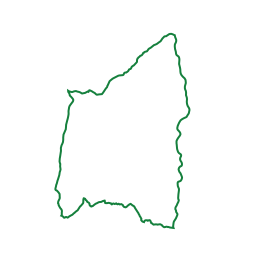 Tipacoque, Boyacá, Colombia (Robinson projection), rotated 12°
{"feature_id": "7082276B13744677473315", "entity_name": "Tipacoque", "entity_type": "district", "adm_level": 2, "iso_a3": "COL", "parent_name": "Colombia", "parent_adm1": "Boyacá", "projection": "robinson", "projection_center": [-72.693, 6.427], "detail": "fine", "context": "isolated", "style": "outline", "palette": "green", "viewbox_px": 256, "rotation_deg": 12, "n_neighbors": 0, "source": "geoboundaries", "source_scale": "gbopen_adm2", "svg_char_len": 5807}
<svg xmlns="http://www.w3.org/2000/svg" viewBox="0 0 256 256"><g transform="rotate(12 128 128)"><path d="M61.7,104.0L62.0,105.0L63.2,106.2L64.0,107.4L64.2,108.1L64.7,108.6L66.0,109.4L67.9,110.9L68.5,111.6L68.7,112.4L68.6,113.5L67.0,116.9L66.3,118.6L66.1,120.0L66.3,123.8L67.0,126.7L67.1,129.0L67.1,131.0L67.0,132.9L66.8,137.7L67.1,139.6L67.4,142.2L66.3,147.8L66.6,150.7L67.0,152.5L67.2,153.9L67.3,155.4L67.0,157.2L66.6,158.8L66.5,161.5L67.2,164.4L67.5,169.5L67.6,172.0L68.0,174.9L68.6,176.3L69.2,177.2L69.6,179.7L70.6,182.4L70.6,183.9L70.4,185.3L70.6,188.3L70.2,192.8L70.0,194.2L69.9,197.0L69.6,198.9L69.7,199.6L69.6,202.2L69.7,203.0L70.2,203.7L71.6,204.1L72.7,204.9L73.5,205.5L74.8,206.8L75.0,207.5L75.8,210.6L75.8,211.2L75.7,211.8L75.3,213.2L75.1,214.3L75.1,215.0L75.2,216.1L75.6,216.4L76.3,218.0L77.4,219.3L78.7,220.7L79.5,221.2L80.4,222.3L80.8,223.8L80.8,224.5L81.2,226.2L81.3,226.8L81.0,227.6L81.7,227.7L82.5,228.0L82.9,228.2L84.0,229.0L84.7,228.9L85.3,228.2L86.4,227.9L86.6,227.9L87.0,228.1L87.5,228.2L88.2,227.7L88.7,226.9L89.4,226.2L89.9,225.9L90.0,225.7L91.6,224.4L91.9,224.0L92.7,222.7L93.2,222.3L93.9,221.2L95.1,219.7L95.6,219.3L95.9,218.9L96.2,218.0L97.3,215.1L97.6,214.5L98.1,213.9L99.5,211.3L99.7,210.9L99.7,209.8L99.3,207.8L99.2,207.0L99.3,206.0L99.4,205.9L100.8,206.2L101.6,207.2L102.2,207.4L102.7,207.7L103.1,208.3L103.7,208.8L104.9,209.1L105.4,209.4L106.1,210.1L106.3,211.0L106.9,211.8L107.8,212.2L107.9,212.3L108.4,212.1L108.7,212.3L109.9,211.5L110.3,210.9L112.1,208.8L112.9,208.3L114.8,206.7L115.7,206.3L117.1,205.9L118.7,204.6L119.4,204.3L120.0,203.9L120.3,203.9L120.5,204.9L120.8,205.2L121.0,205.3L121.2,206.0L121.3,206.1L122.0,206.1L123.0,205.9L124.7,205.2L127.0,205.3L127.5,205.4L127.7,205.6L127.7,206.0L127.9,206.1L128.3,205.9L128.4,205.6L129.0,205.1L129.4,204.9L129.9,204.9L130.3,205.1L130.9,205.1L131.2,204.9L132.1,204.2L132.3,204.2L132.7,204.6L133.5,204.8L134.0,204.5L134.5,204.1L134.9,204.1L135.5,204.5L136.9,204.1L137.1,203.9L137.5,203.9L139.0,204.5L139.6,205.4L140.8,206.1L141.3,206.0L142.1,206.1L142.3,206.0L142.7,205.7L143.4,204.9L143.9,204.0L144.5,203.4L145.1,202.6L146.2,201.7L146.4,201.7L146.7,201.8L147.0,202.0L147.5,202.3L147.9,202.4L148.4,202.7L148.6,202.9L149.7,203.0L150.7,203.9L151.1,204.1L151.4,204.7L151.9,205.2L155.3,208.6L155.6,208.8L156.3,209.8L157.1,210.6L157.8,211.7L158.1,212.0L158.4,212.2L160.0,214.1L160.0,215.2L160.1,215.4L161.4,216.4L162.0,216.6L163.2,216.7L163.2,216.2L163.7,215.2L164.0,214.9L164.7,214.5L166.1,214.3L166.5,214.6L167.0,214.4L167.7,213.8L168.1,213.7L168.8,213.8L169.0,213.9L170.5,216.1L170.8,216.0L171.2,216.3L173.0,217.2L175.1,216.5L176.4,216.3L176.8,216.4L179.3,215.5L179.7,215.5L180.3,215.7L181.1,215.8L181.7,216.4L182.7,217.0L184.0,217.5L185.1,217.1L185.9,216.6L186.7,216.5L186.9,216.5L187.5,216.6L188.1,216.4L189.7,216.6L193.3,216.3L193.0,215.8L192.6,214.8L192.3,211.6L192.3,210.4L192.4,209.8L193.4,207.2L193.7,206.3L194.3,203.2L194.3,202.1L194.2,201.8L192.5,200.0L192.2,198.9L191.9,198.4L191.4,197.9L191.2,197.5L191.1,197.1L191.0,196.1L191.1,195.5L191.3,194.9L191.8,193.4L192.0,192.0L192.6,189.8L192.7,188.2L192.5,187.7L192.1,187.3L191.8,186.5L191.6,185.9L191.1,182.4L190.8,178.7L190.6,177.4L190.4,176.8L190.0,176.2L188.9,174.6L188.5,173.5L188.0,171.6L188.0,171.1L188.1,170.6L188.3,170.2L190.2,169.0L190.5,168.7L190.8,168.1L191.2,166.6L191.2,165.4L191.1,165.0L190.6,164.1L188.8,161.4L188.3,161.0L187.8,160.7L187.6,160.4L186.9,159.5L186.2,158.2L186.1,157.8L186.1,157.3L186.2,156.4L186.4,155.9L187.0,154.9L188.0,154.1L188.3,153.7L188.4,153.3L188.4,152.8L188.3,152.1L188.1,151.5L187.7,150.7L187.2,150.1L186.3,149.2L185.9,148.7L185.4,147.6L185.3,146.5L185.5,145.3L185.7,144.7L185.7,144.1L185.6,143.5L185.1,142.8L183.0,141.9L181.9,140.9L180.6,138.7L180.2,137.7L179.3,134.8L179.1,134.1L178.8,133.4L178.3,131.4L178.2,130.5L178.5,129.1L179.0,127.6L180.3,124.7L180.5,123.9L180.6,123.3L180.4,122.6L180.1,122.0L179.1,120.9L177.0,119.4L176.5,118.7L176.2,117.8L176.2,115.6L176.9,112.2L177.6,110.2L177.9,109.5L179.2,108.0L181.1,106.4L182.3,105.6L183.0,104.9L183.7,102.8L184.0,102.2L184.4,100.9L184.4,97.8L184.1,96.7L183.5,95.8L181.8,94.0L181.0,92.7L180.4,91.3L180.0,89.8L179.7,87.5L179.2,86.0L177.9,83.8L177.5,81.5L176.9,79.8L175.9,78.4L175.3,77.1L175.0,75.3L175.2,72.1L175.0,71.2L174.3,69.1L173.1,67.7L170.8,66.3L169.2,65.0L168.2,63.7L167.6,62.2L166.9,59.6L166.2,57.9L164.7,54.8L164.5,53.6L164.1,50.6L163.7,49.3L163.2,48.3L162.6,47.6L160.5,46.6L160.0,46.1L159.6,45.4L158.9,43.4L157.6,40.9L157.3,40.0L156.9,38.9L156.6,37.4L156.5,36.4L157.0,34.4L157.1,33.3L157.0,32.4L156.6,31.3L155.3,29.4L154.4,27.5L153.9,27.5L152.5,27.1L151.0,26.9L150.4,27.0L149.4,27.3L148.7,27.7L146.2,30.3L145.1,30.6L144.4,31.1L143.9,32.0L143.1,33.2L141.9,36.2L141.7,36.5L140.9,37.3L138.7,39.8L137.5,40.7L136.2,41.5L133.5,44.8L132.1,46.0L131.5,46.9L131.2,47.8L130.6,49.0L129.7,49.5L129.0,49.8L128.4,50.2L128.2,50.4L128.1,50.9L127.4,51.3L127.1,51.9L127.1,52.4L126.6,53.5L126.1,54.2L125.0,54.8L124.5,55.8L123.5,56.9L123.3,57.5L122.9,58.0L122.8,58.5L122.7,59.5L122.8,60.4L123.0,61.1L123.0,61.5L122.8,62.0L120.7,65.5L120.1,66.0L119.6,66.6L119.0,67.2L118.9,67.5L118.6,68.9L118.3,69.6L117.3,70.2L116.8,70.6L116.6,71.6L116.3,72.3L115.7,73.1L114.6,74.2L113.7,74.3L113.1,74.8L112.8,75.3L112.7,76.1L112.4,77.0L112.0,77.3L111.5,77.5L108.6,78.4L107.6,78.9L103.2,82.5L102.5,83.2L100.5,85.7L100.2,86.3L99.4,90.1L99.3,90.5L99.1,90.8L99.1,91.5L99.0,92.4L98.1,94.0L96.8,97.3L96.4,98.3L96.0,99.2L95.4,100.3L93.5,100.9L92.8,101.1L91.0,101.8L90.5,101.9L89.6,101.6L88.4,100.8L87.6,100.5L86.5,100.2L85.3,99.7L83.4,99.2L82.6,99.1L82.3,99.2L81.8,100.8L81.1,100.6L78.7,102.6L75.9,103.8L75.6,103.7L75.0,103.5L73.8,103.1L72.5,102.9L70.8,102.9L69.5,102.7L68.7,102.9L67.4,103.5L66.2,104.3L65.5,104.5L64.6,104.5L62.9,104.4L62.2,104.2L61.7,104.0Z" fill="none" stroke="#15803d" stroke-width="2"/></g></svg>